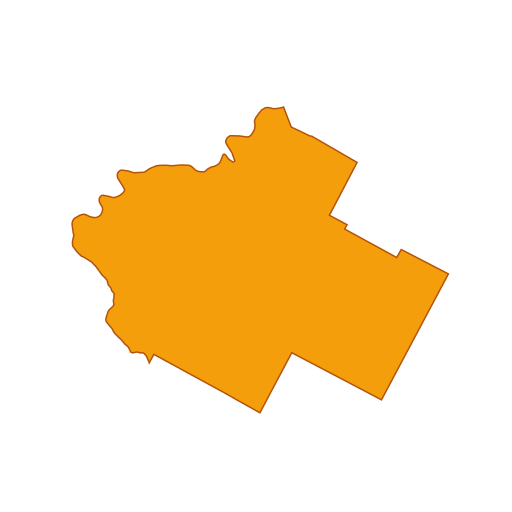 the district of Formosa, Formosa, Argentina, rotated 208°
{"feature_id": "61730980B62878855706265", "entity_name": "Formosa", "entity_type": "district", "adm_level": 2, "iso_a3": "ARG", "parent_name": "Argentina", "parent_adm1": "Formosa", "projection": "mercator", "projection_center": [-58.059, -25.972], "detail": "fine", "context": "isolated", "style": "filled", "palette": "amber", "viewbox_px": 512, "rotation_deg": 208, "n_neighbors": 0, "source": "geoboundaries", "source_scale": "gbopen_adm2", "svg_char_len": 4041}
<svg xmlns="http://www.w3.org/2000/svg" viewBox="0 0 512 512"><g transform="rotate(208 256 256)"><path d="M301.6,400.5L302.2,399.9L303.4,398.7L304.4,397.8L305.9,396.7L307.5,395.6L309.3,394.5L310.5,394.0L312.2,393.6L313.8,393.2L315.0,392.8L316.5,391.9L317.4,391.2L319.1,388.4L319.4,388.0L319.6,387.3L320.1,384.9L320.4,384.0L320.6,382.1L320.9,380.0L320.9,379.9L321.1,378.9L321.1,377.3L321.0,377.1L321.0,375.8L320.7,374.5L320.1,373.5L318.3,371.1L317.0,367.9L316.7,365.9L316.8,363.7L316.8,363.1L317.0,361.3L317.2,360.1L317.3,360.0L317.6,359.2L318.1,358.3L318.8,357.5L319.8,356.9L327.3,354.1L332.9,351.3L335.2,350.1L335.9,349.1L336.4,348.1L336.7,347.2L336.9,346.2L336.9,344.9L336.9,344.1L336.6,343.1L335.8,341.9L333.9,340.5L325.5,335.7L324.1,334.4L323.4,333.7L320.6,331.2L319.7,330.5L319.6,330.4L319.5,330.1L319.5,329.6L319.6,329.1L319.9,328.7L320.3,328.3L321.0,328.2L321.8,328.2L322.4,328.2L322.7,328.3L323.7,328.4L325.4,328.7L327.1,329.3L329.4,330.6L330.3,331.0L331.0,331.1L331.4,331.1L332.0,331.0L332.2,330.7L332.3,330.5L332.5,330.3L332.6,329.6L332.6,329.0L332.5,328.4L332.3,327.3L332.2,326.3L332.0,324.6L331.8,321.9L332.0,320.7L332.3,319.7L332.9,318.4L333.9,316.8L335.9,314.7L337.4,313.4L337.6,313.1L338.7,311.4L339.6,309.9L340.2,308.2L340.6,307.0L341.0,306.3L341.9,305.7L342.9,305.1L345.0,304.2L346.7,303.6L348.5,303.4L349.7,303.4L351.4,303.9L354.1,304.6L355.1,304.8L356.4,304.8L358.1,304.5L364.9,301.2L372.8,296.1L378.4,293.7L384.0,290.5L386.6,288.6L388.3,286.5L388.7,286.0L389.4,285.2L391.2,282.8L392.0,281.2L392.3,280.6L392.8,279.6L393.3,278.6L393.9,277.8L394.4,277.4L395.1,276.8L399.9,274.0L402.4,272.4L404.5,271.8L408.4,271.2L414.4,269.0L415.5,268.4L415.9,267.8L416.3,267.3L416.6,266.6L416.9,265.8L417.0,264.7L417.0,264.0L416.8,263.3L416.6,262.5L416.2,261.8L415.8,261.1L415.0,260.2L412.9,258.8L412.6,258.6L408.6,256.4L405.5,254.6L403.9,253.4L403.2,252.9L403.0,252.3L402.8,251.8L402.7,251.7L402.9,250.3L403.2,249.0L403.7,247.7L404.3,246.4L405.1,245.0L406.6,243.0L407.9,241.7L409.5,240.6L410.7,240.2L413.7,239.6L419.6,237.8L420.4,237.3L420.9,236.5L421.2,235.9L421.4,234.9L421.4,234.0L421.3,233.0L420.9,232.2L420.4,231.2L419.8,230.4L419.6,230.2L418.1,229.1L414.4,226.7L413.7,225.8L412.9,224.2L412.6,222.8L412.5,221.3L412.5,219.9L412.6,219.0L413.0,217.8L413.7,216.7L414.4,215.7L415.6,214.7L416.7,214.1L419.5,213.1L421.3,212.7L423.0,212.7L425.6,212.6L427.7,212.0L429.2,210.8L430.8,209.1L433.9,204.1L434.2,203.0L434.3,201.9L434.3,200.9L434.1,199.9L433.9,198.9L433.5,198.2L433.0,197.3L432.7,196.8L432.3,196.2L428.2,190.6L427.7,190.1L426.6,188.6L426.4,188.4L426.4,188.2L426.0,186.7L425.9,186.3L425.4,184.5L425.2,183.5L424.8,182.8L424.5,182.2L424.3,181.7L424.2,181.1L423.5,180.3L423.0,179.5L422.4,178.7L420.7,177.9L419.0,177.0L417.3,176.2L415.5,175.5L413.6,174.9L413.0,174.7L411.8,174.4L410.0,173.9L407.1,174.2L405.2,174.0L403.3,173.9L401.4,173.7L398.5,173.5L396.7,173.0L394.9,172.3L393.0,171.8L390.4,170.6L388.7,169.8L386.1,168.5L384.3,167.6L382.6,166.8L380.8,166.3L378.9,165.8L376.3,164.8L375.0,163.4L373.0,161.2L371.2,160.5L368.6,159.4L367.5,157.9L365.7,157.1L363.2,155.9L362.8,154.1L361.8,152.6L361.5,150.7L360.6,149.0L359.4,147.4L358.5,145.8L358.8,143.9L359.5,142.1L360.4,139.4L360.5,137.4L360.0,134.6L359.7,132.7L359.0,129.9L358.0,128.3L356.4,127.2L353.7,126.2L352.0,125.4L350.2,124.8L348.4,123.9L346.1,122.2L343.6,121.1L341.7,120.6L339.9,119.9L338.1,119.4L336.2,119.0L333.5,118.0L330.9,116.8L328.1,116.2L326.2,115.7L324.6,114.7L323.1,113.5L321.6,112.4L319.7,112.4L318.2,113.6L316.7,114.9L315.0,115.7L313.1,115.9L311.4,116.9L309.8,117.6L307.9,117.0L306.1,116.3L304.5,115.2L303.1,113.9L301.5,112.9L300.1,111.5L300.0,121.2L214.6,120.3L206.8,120.0L178.9,119.4L179.0,139.2L179.0,187.4L136.4,187.6L77.7,187.9L77.7,251.2L77.7,252.7L77.7,260.1L77.7,271.9L77.7,330.5L124.8,330.0L130.8,329.9L131.1,320.7L136.4,320.8L173.5,321.2L190.4,321.4L190.3,326.4L210.3,326.4L210.7,386.1L217.0,386.3L261.5,387.9L263.0,388.0L264.7,387.3L269.7,387.1L275.1,386.9L285.4,386.4L301.1,400.0L301.6,400.5Z" fill="#f59e0b" stroke="#b45309" stroke-width="1.5"/></g></svg>